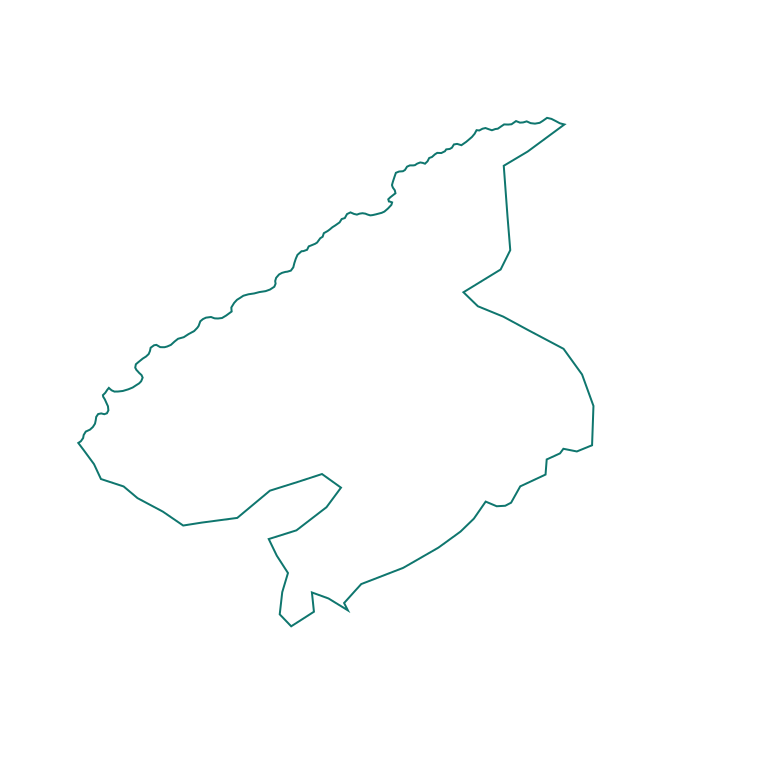 outline of Armavir, Armavir, Armenia, rotated 148°
{"feature_id": "60910142B17839565239341", "entity_name": "Armavir", "entity_type": "district", "adm_level": 2, "iso_a3": "ARM", "parent_name": "Armenia", "parent_adm1": "Armavir", "projection": "orthographic", "projection_center": [44.066, 40.108], "detail": "fine", "context": "isolated", "style": "outline", "palette": "teal", "viewbox_px": 768, "rotation_deg": 148, "n_neighbors": 0, "source": "geoboundaries", "source_scale": "gbopen_adm2", "svg_char_len": 3199}
<svg xmlns="http://www.w3.org/2000/svg" viewBox="0 0 768 768"><g transform="rotate(148 384 384)"><path d="M397.3,218.3L384.7,221.0L379.1,222.2L360.1,230.4L353.2,220.6L345.7,216.5L339.1,216.0L322.7,225.0L295.0,221.6L286.0,233.8L271.5,231.9L266.2,234.0L256.2,224.6L240.0,221.8L218.0,254.4L211.0,287.1L213.1,318.7L233.0,353.0L247.2,378.0L263.2,400.2L268.0,419.7L224.4,419.3L206.0,430.6L190.5,460.6L166.8,505.6L139.0,505.0L93.5,508.5L96.7,511.9L99.1,516.1L101.5,520.1L104.7,523.3L110.0,523.0L113.6,523.0L118.0,524.8L121.4,527.5L123.8,531.1L127.4,532.1L130.2,533.6L132.7,537.0L138.2,536.7L141.2,538.2L144.6,540.5L147.8,540.4L152.2,540.2L154.4,541.2L158.0,542.0L160.1,544.5L162.3,547.3L165.2,548.3L168.8,548.5L171.0,550.2L174.5,548.2L178.5,546.9L185.9,545.8L191.8,545.5L194.8,548.9L197.8,550.1L201.2,548.4L203.7,548.5L206.9,550.0L209.0,549.1L213.0,549.5L216.4,551.8L219.0,551.8L223.0,551.1L225.9,551.7L229.1,549.8L232.5,549.1L234.0,551.0L235.9,552.7L239.1,553.3L241.8,553.2L243.6,554.0L246.3,555.7L249.3,556.1L252.8,554.4L255.2,554.4L258.6,556.2L262.0,556.8L265.7,553.8L269.3,550.8L271.8,548.5L272.0,547.8L272.4,545.9L272.2,542.5L273.2,539.7L279.7,539.0L282.5,538.4L283.1,536.2L282.2,535.4L280.9,533.7L282.8,532.0L287.7,530.7L292.3,530.0L295.3,530.4L300.4,532.0L300.5,532.0L304.2,533.3L306.3,534.3L308.3,536.6L309.5,538.3L311.7,540.2L314.4,541.4L317.2,542.0L319.3,544.1L321.5,547.3L325.3,547.7L329.3,545.5L332.5,546.3L336.0,544.6L341.3,544.3L344.7,544.3L348.1,543.8L350.8,543.6L355.1,543.8L358.0,541.4L360.8,541.4L365.8,539.4L368.1,539.4L372.8,540.2L374.9,540.6L378.1,538.6L381.9,539.4L383.6,540.3L388.9,539.4L392.4,537.0L396.0,534.0L399.1,531.0L402.9,529.5L406.5,530.5L408.2,531.3L411.6,532.3L415.0,532.5L419.2,531.2L421.7,529.0L422.8,526.5L425.5,524.6L430.6,524.5L435.2,525.5L441.0,528.0L446.1,529.6L451.4,531.9L456.5,533.4L460.3,533.3L464.1,533.3L468.1,532.2L472.9,529.8L474.0,527.8L474.8,526.2L476.3,526.1L481.6,525.7L486.4,525.8L490.0,527.5L492.1,528.9L493.0,529.6L495.2,532.5L499.8,534.6L503.2,535.0L506.6,534.5L510.4,531.5L512.5,530.6L516.9,529.5L523.3,529.9L529.0,529.8L534.7,531.5L539.1,531.0L544.0,530.1L548.0,530.7L550.6,531.5L554.2,533.8L555.0,535.3L556.3,537.8L558.5,538.7L562.7,538.4L565.0,536.0L567.7,534.1L571.3,533.4L575.1,533.4L580.8,532.7L584.0,532.2L586.3,529.7L586.5,527.1L586.1,525.2L585.8,523.3L584.9,520.1L585.3,517.3L588.5,515.0L591.4,514.3L594.1,514.3L599.0,514.2L603.7,515.0L609.2,516.5L613.4,518.5L616.6,520.4L618.3,522.9L619.0,525.0L619.4,526.5L621.8,525.7L625.1,524.2L628.3,523.5L628.4,523.1L628.9,522.0L628.9,518.8L629.5,514.6L629.9,511.4L631.7,507.7L634.5,506.0L637.2,506.6L639.4,508.9L642.3,510.0L645.5,508.6L647.6,506.1L650.1,503.5L653.7,501.8L657.5,501.1L661.5,501.6L662.1,501.7L665.7,499.9L667.8,497.6L671.4,496.1L674.5,496.0L673.7,487.0L672.4,469.7L674.4,453.4L659.1,435.1L653.5,417.8L639.2,393.0L629.3,370.4L611.9,363.0L579.4,348.2L537.3,354.0L509.2,346.7L484.3,340.5L475.4,318.9L498.0,310.0L535.8,306.3L563.9,313.6L565.9,295.2L565.6,274.6L580.6,261.4L594.5,243.9L591.1,227.7L564.1,228.0L555.6,245.4L544.7,231.5L534.6,211.2L533.9,219.4L532.1,219.9L517.5,224.1L509.3,226.4L465.1,217.9L424.6,216.4L397.3,218.3Z" fill="none" stroke="#0f766e" stroke-width="2"/></g></svg>